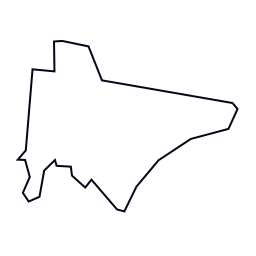 Trousdale, Tennessee, United States of America, rotated 3°
{"feature_id": "52423323B18909606925754", "entity_name": "Trousdale", "entity_type": "district", "adm_level": 2, "iso_a3": "USA", "parent_name": "United States of America", "parent_adm1": "Tennessee", "projection": "mercator", "projection_center": [-86.184, 36.391], "detail": "fine", "context": "isolated", "style": "outline", "palette": "ink", "viewbox_px": 256, "rotation_deg": 3, "n_neighbors": 0, "source": "geoboundaries", "source_scale": "gbopen_adm2", "svg_char_len": 483}
<svg xmlns="http://www.w3.org/2000/svg" viewBox="0 0 256 256"><g transform="rotate(3 128 128)"><path d="M57.7,44.5L49.6,45.5L51.6,75.3L29.6,74.4L27.1,155.7L19.6,165.4L26.9,165.3L32.5,182.0L26.4,198.3L32.7,206.6L43.2,201.3L46.5,175.0L56.7,163.8L58.7,169.5L72.9,169.6L74.6,178.5L88.4,189.7L94.2,181.5L121.3,209.9L128.7,211.5L139.5,186.1L160.2,158.6L191.3,135.6L228.4,123.6L236.4,103.3L231.1,97.6L99.5,81.8L84.3,48.6L57.7,44.5Z" fill="none" stroke="#020617" stroke-width="2"/></g></svg>